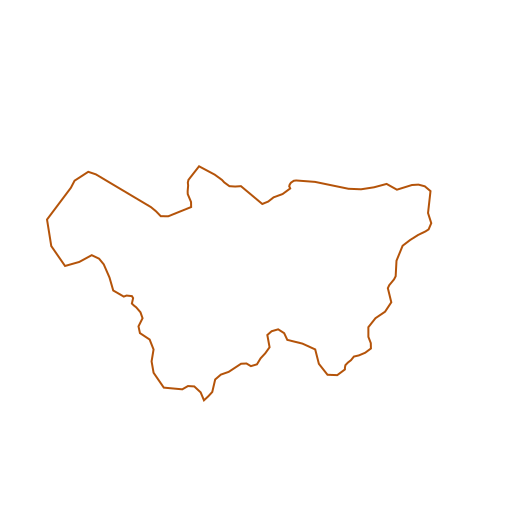 outline of Denizli, rotated 248°
{"feature_id": "TUR-2274", "entity_name": "Denizli", "entity_type": "Province", "adm_level": 1, "iso_a3": "TUR", "parent_name": "Turkey", "parent_adm1": "", "projection": "orthographic", "projection_center": [29.199, 37.681], "detail": "fine", "context": "isolated", "style": "outline", "palette": "amber", "viewbox_px": 512, "rotation_deg": 248, "n_neighbors": 0, "source": "natural_earth", "source_scale": "10m", "svg_char_len": 1638}
<svg xmlns="http://www.w3.org/2000/svg" viewBox="0 0 512 512"><g transform="rotate(248 256 256)"><path d="M141.7,153.7L150.3,153.6L158.2,149.9L160.9,144.2L160.0,137.7L168.5,121.2L186.1,117.3L197.4,119.7L207.7,126.0L218.4,126.1L228.0,119.5L234.8,120.7L240.8,127.5L247.1,127.8L253.3,125.7L255.9,124.2L258.4,123.1L263.0,126.3L265.3,125.9L267.8,121.2L267.9,118.2L277.5,110.7L290.9,112.1L305.3,111.7L312.3,109.5L318.3,104.0L316.7,89.9L318.3,75.2L341.9,69.9L368.1,75.9L388.6,109.9L393.8,116.0L396.9,132.0L391.7,138.1L340.7,176.9L334.8,180.1L328.6,182.6L325.7,189.5L325.7,214.2L330.4,216.0L339.0,215.9L341.7,216.9L346.8,219.5L349.6,220.3L351.9,221.9L360.5,236.8L346.9,248.2L339.2,253.0L336.2,254.1L330.7,257.5L328.2,262.7L326.4,268.2L301.9,281.3L301.9,287.7L303.8,294.3L303.5,303.9L305.8,313.0L307.3,313.0L308.2,312.9L309.6,314.0L310.9,315.9L311.6,319.2L311.0,321.5L302.6,338.5L283.7,366.9L278.5,378.4L275.5,391.1L273.9,404.1L264.7,411.5L263.4,427.2L261.3,433.4L257.4,438.6L250.8,442.1L231.4,431.6L220.8,430.8L216.0,426.0L215.3,422.3L214.8,414.3L213.1,404.9L210.6,395.8L199.0,384.5L184.9,377.9L182.6,375.2L179.1,368.7L176.8,366.2L162.4,364.1L156.0,354.8L153.6,343.5L147.9,333.5L138.9,329.9L132.2,329.8L127.2,327.9L125.4,321.0L125.3,314.1L126.1,309.1L123.8,305.0L122.8,301.4L121.3,298.0L119.3,296.7L117.5,295.9L115.1,286.7L119.1,277.8L132.5,273.9L147.2,275.9L157.4,266.2L166.5,253.6L173.9,253.2L179.7,249.1L180.4,242.3L178.5,236.9L166.3,234.4L162.3,228.1L159.4,221.9L155.2,216.3L155.8,210.0L159.9,206.9L161.7,201.8L158.8,187.3L159.2,179.0L156.8,171.9L146.3,164.5L143.8,159.2L141.7,153.7Z" fill="none" stroke="#b45309" stroke-width="2"/></g></svg>